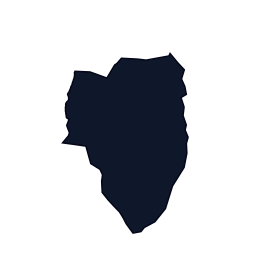 the district of Zereg, Hovd, Mongolia, rotated 33°
{"feature_id": "93677404B75624012027982", "entity_name": "Zereg", "entity_type": "district", "adm_level": 2, "iso_a3": "MNG", "parent_name": "Mongolia", "parent_adm1": "Hovd", "projection": "mercator", "projection_center": [92.604, 47.134], "detail": "fine", "context": "isolated", "style": "filled", "palette": "ink", "viewbox_px": 256, "rotation_deg": 33, "n_neighbors": 0, "source": "geoboundaries", "source_scale": "gbopen_adm2", "svg_char_len": 1639}
<svg xmlns="http://www.w3.org/2000/svg" viewBox="0 0 256 256"><g transform="rotate(33 128 128)"><path d="M122.7,42.6L123.1,45.3L106.2,61.2L98.5,65.0L84.5,73.1L83.6,79.9L82.5,82.4L83.1,97.6L65.6,101.7L52.7,109.3L52.8,109.6L52.8,110.0L53.0,110.5L53.0,110.9L53.2,111.2L53.4,111.4L53.9,111.6L54.0,111.7L54.2,112.3L54.4,113.0L54.7,113.5L55.1,114.1L55.4,115.1L55.7,116.0L55.9,116.5L55.9,117.1L56.2,117.6L56.3,118.2L56.4,118.7L56.5,119.1L56.6,119.4L56.7,120.2L56.8,120.5L57.1,121.1L57.3,121.5L57.4,122.2L57.5,123.2L57.7,123.9L57.7,124.9L58.0,125.4L58.3,126.0L58.3,127.2L58.5,127.6L58.5,128.3L58.6,128.7L58.8,129.1L58.8,129.5L58.8,129.8L58.8,130.3L58.8,131.0L58.8,131.8L58.9,132.3L59.1,132.8L59.7,133.2L60.3,133.6L61.2,134.3L61.5,134.6L62.5,136.2L62.9,136.9L63.0,137.4L62.9,137.8L62.7,138.2L62.6,138.6L62.5,139.0L62.5,139.5L62.6,139.9L62.5,140.3L62.4,140.7L62.7,141.7L63.0,142.4L63.5,142.9L63.9,143.7L64.0,144.2L64.2,144.6L65.6,146.7L66.6,148.2L67.5,149.0L68.2,150.0L69.4,151.2L69.7,151.7L70.1,152.0L70.3,152.3L70.6,152.6L70.8,152.6L70.9,152.8L71.2,152.9L72.0,152.9L72.3,152.9L72.6,152.9L72.8,152.8L73.1,152.9L73.3,152.9L73.8,152.8L75.2,159.2L76.9,160.5L81.5,163.9L82.3,167.1L81.2,176.1L92.6,170.7L102.6,166.1L110.7,173.3L116.2,178.1L127.0,177.9L132.1,181.1L134.9,187.0L141.5,196.1L150.5,199.1L159.1,201.3L166.6,203.0L172.9,206.0L178.7,209.3L189.4,213.4L195.3,207.8L195.8,202.6L201.6,192.0L203.3,175.3L196.9,152.4L196.5,130.5L191.1,117.1L185.4,109.2L183.4,103.0L177.0,98.6L175.2,93.7L167.4,87.6L163.6,79.9L155.9,73.6L158.6,68.0L153.0,62.2L146.2,57.8L143.5,48.5L134.2,46.2L122.7,42.6Z" fill="#0f172a" stroke="#020617" stroke-width="1.5"/></g></svg>